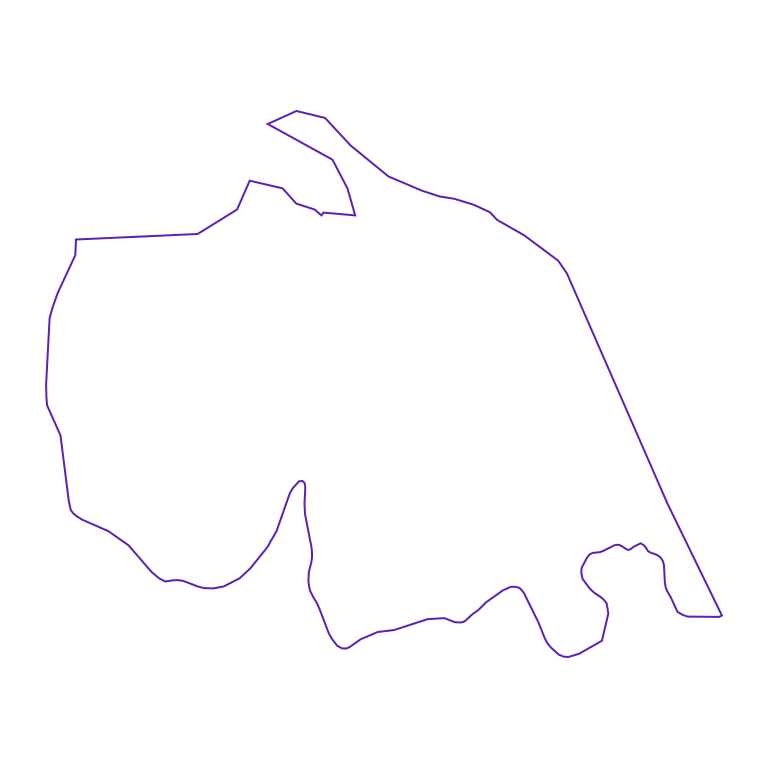 Pattani, Equal Earth projection
{"feature_id": "THA-494", "entity_name": "Pattani", "entity_type": "Province", "adm_level": 1, "iso_a3": "THA", "parent_name": "Thailand", "parent_adm1": "", "projection": "equal_earth", "projection_center": [101.403, 6.749], "detail": "fine", "context": "isolated", "style": "outline", "palette": "violet", "viewbox_px": 768, "rotation_deg": 0, "n_neighbors": 0, "source": "natural_earth", "source_scale": "10m", "svg_char_len": 1972}
<svg xmlns="http://www.w3.org/2000/svg" viewBox="0 0 768 768"><path d="M76.0,239.5L197.6,234.0L237.1,209.5L249.7,180.7L282.6,188.4L296.3,203.6L314.5,209.5L321.5,215.4L323.5,212.6L355.2,215.4L347.5,188.5L332.5,159.7L267.7,124.0L296.4,111.0L325.1,118.0L350.6,145.5L388.5,176.5L422.3,190.8L439.4,196.4L454.3,198.8L473.3,204.6L489.9,212.2L497.1,219.9L524.3,235.4L558.2,260.7L566.9,273.4L667.5,503.7L721.9,615.5L719.2,616.9L687.7,616.6L683.0,615.0L677.5,611.9L670.7,597.2L666.9,590.6L665.5,586.6L664.8,581.6L664.0,565.2L662.8,561.0L660.6,557.5L657.7,555.3L654.5,553.9L651.0,552.9L648.0,551.1L646.0,547.7L643.5,545.0L640.6,543.3L633.1,547.1L630.5,549.3L627.9,549.9L625.3,548.5L622.4,546.5L619.0,544.8L615.2,544.9L603.1,551.0L599.6,552.2L592.6,552.9L590.0,554.2L588.3,555.9L586.8,558.0L581.6,567.9L581.3,572.9L582.6,578.9L589.6,588.4L594.3,592.8L601.5,597.6L604.1,600.1L606.5,603.0L607.6,608.9L608.3,613.8L601.9,640.8L579.2,653.7L568.4,657.0L563.8,656.7L558.5,654.5L550.9,647.5L547.3,643.0L545.0,638.8L538.4,622.3L524.1,593.4L521.9,590.3L519.3,587.8L515.3,586.8L510.6,586.9L502.8,590.4L486.0,602.4L478.3,610.1L472.5,614.1L464.7,621.4L460.9,622.5L454.8,622.2L444.4,618.1L427.4,619.2L394.2,630.0L377.7,632.0L360.9,639.1L349.3,647.3L345.9,648.6L341.8,648.3L337.2,645.7L331.8,638.7L328.9,633.6L319.4,608.7L316.6,602.5L313.8,598.0L310.3,591.2L309.3,587.6L308.9,585.0L308.4,580.9L308.6,576.1L309.0,571.4L311.5,561.5L312.0,557.2L312.0,552.2L311.5,547.4L305.0,514.1L304.5,503.4L305.3,487.8L304.7,483.2L302.5,481.0L299.0,481.3L292.8,488.2L289.9,493.1L276.5,531.2L272.5,538.2L270.5,541.3L268.9,544.7L266.9,547.8L250.4,568.3L239.6,578.3L223.6,586.5L213.3,588.4L204.0,588.1L197.6,586.4L183.2,580.9L177.7,580.1L172.9,580.3L165.3,581.5L159.2,578.4L151.4,571.8L128.6,545.4L108.6,531.3L81.8,519.5L75.7,515.5L73.1,513.2L70.8,510.1L68.8,501.2L60.5,435.4L47.1,405.4L46.4,397.0L46.1,384.8L49.6,318.4L52.4,308.0L57.7,293.0L75.3,255.2L76.0,239.5Z" fill="none" stroke="#5b21b6" stroke-width="2"/></svg>